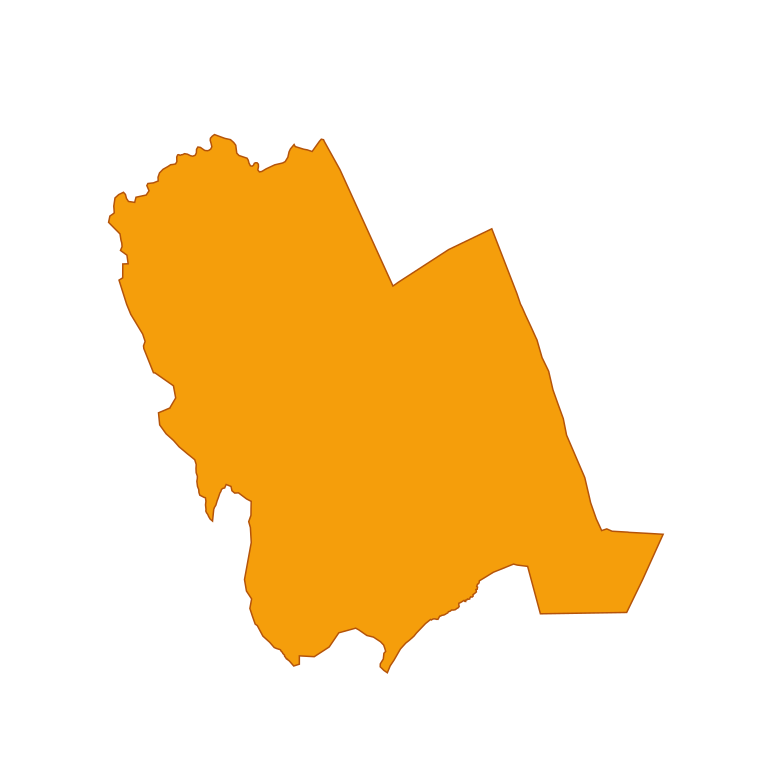 the district of Safana, Katsina, Nigeria, rotated 164°
{"feature_id": "59680162B21692666530817", "entity_name": "Safana", "entity_type": "district", "adm_level": 2, "iso_a3": "NGA", "parent_name": "Nigeria", "parent_adm1": "Katsina", "projection": "equal_earth", "projection_center": [7.279, 12.516], "detail": "fine", "context": "isolated", "style": "filled", "palette": "amber", "viewbox_px": 768, "rotation_deg": 164, "n_neighbors": 0, "source": "geoboundaries", "source_scale": "gbopen_adm2", "svg_char_len": 3986}
<svg xmlns="http://www.w3.org/2000/svg" viewBox="0 0 768 768"><g transform="rotate(164 384 384)"><path d="M519.2,661.1L520.7,659.3L521.3,657.0L521.8,654.9L523.7,653.0L526.2,653.2L528.6,653.6L531.8,652.6L537.2,651.3L541.6,648.8L544.2,645.1L545.1,641.4L550.2,640.9L555.7,641.8L557.3,640.1L556.6,634.5L560.5,631.2L570.9,631.9L573.6,627.3L579.3,629.9L580.4,633.3L580.3,637.5L581.6,640.1L586.8,639.2L591.3,637.0L594.7,629.5L596.1,622.9L597.9,622.1L601.2,621.0L604.2,615.3L596.4,601.0L597.2,594.7L597.2,591.9L597.9,588.3L600.5,585.0L595.6,578.7L596.8,570.1L602.0,571.4L605.9,558.1L610.1,556.9L609.4,531.5L608.2,520.7L602.2,498.5L601.9,490.8L604.7,486.9L605.1,484.2L602.5,458.4L601.0,457.7L600.9,457.6L586.9,440.3L588.1,428.0L596.0,420.5L596.2,420.0L608.7,418.5L610.9,406.5L607.2,396.2L602.0,387.9L598.3,380.1L592.3,371.2L586.8,363.4L586.7,358.3L588.0,354.7L589.0,350.5L588.8,346.9L589.5,344.6L590.7,342.1L591.5,337.0L591.2,333.6L591.8,330.6L591.7,327.9L590.1,326.4L588.2,324.6L587.0,323.9L587.5,320.4L588.9,317.0L589.4,314.1L589.7,312.4L590.3,311.0L590.1,309.2L589.4,307.3L589.1,305.0L588.3,302.0L586.6,299.5L582.2,310.5L581.7,311.1L581.1,312.0L579.0,313.9L576.6,317.7L574.5,320.5L571.9,324.3L570.5,325.6L569.3,327.4L567.7,328.1L565.8,328.0L564.7,329.4L563.4,330.9L559.3,327.7L559.6,323.3L557.6,320.3L553.9,319.5L547.8,311.4L544.0,307.8L546.0,301.4L548.1,294.4L552.0,289.0L552.0,282.8L555.3,268.2L572.0,234.5L573.3,222.9L570.5,213.9L574.8,205.2L574.5,197.3L574.0,188.7L572.4,186.7L569.9,175.0L565.1,167.3L562.2,161.0L560.4,159.5L556.8,157.1L556.5,155.4L555.7,154.2L555.5,152.8L554.4,150.8L554.6,149.7L554.0,148.3L553.5,146.5L552.7,146.2L552.5,145.4L551.4,144.0L548.5,137.8L542.6,138.0L540.3,146.0L526.2,141.1L509.2,146.3L496.0,157.3L478.5,157.1L476.0,154.6L469.8,147.0L463.9,143.6L458.4,137.2L456.3,133.2L456.1,129.8L456.1,126.5L458.3,125.2L460.5,119.8L464.7,116.0L465.6,113.2L463.1,108.8L460.4,105.5L455.7,111.4L450.5,115.8L441.2,124.8L434.4,129.0L430.7,130.5L424.8,133.3L421.4,135.7L410.1,142.3L404.2,144.8L403.5,144.1L402.2,144.5L400.9,144.5L399.6,144.1L398.6,143.4L397.8,143.2L397.0,142.9L396.2,143.7L395.1,144.8L394.4,145.5L393.5,145.3L392.3,145.7L390.8,145.5L389.4,145.5L387.3,146.1L385.8,146.4L384.8,147.4L383.6,147.3L382.6,147.5L381.5,148.1L379.6,147.6L377.7,147.4L375.9,148.1L374.2,148.5L373.1,149.4L372.9,151.3L372.5,152.6L370.7,152.8L368.6,153.4L366.9,153.9L366.2,152.7L365.5,152.5L365.6,153.6L364.9,153.7L364.0,153.5L363.1,154.3L362.1,153.8L360.9,153.7L360.4,154.6L359.4,155.5L358.1,154.9L356.8,155.5L356.5,157.0L355.8,157.2L353.9,158.0L352.5,158.7L352.3,160.1L352.3,161.1L351.0,161.0L350.5,162.1L350.0,163.0L350.7,163.8L349.9,165.0L349.3,165.8L348.1,166.0L347.3,166.9L346.6,168.5L330.8,172.9L309.1,175.2L306.0,173.3L296.2,169.1L297.0,120.0L213.7,97.5L189.3,124.7L157.1,162.6L169.0,166.8L186.0,172.7L189.8,174.0L190.0,174.2L190.2,174.3L205.3,179.6L209.8,183.3L215.2,183.1L216.4,191.1L217.1,195.6L218.1,213.0L217.8,218.2L216.8,238.5L217.1,241.2L218.3,250.5L222.6,284.5L221.2,301.3L222.3,317.3L223.2,331.8L222.2,350.9L224.8,365.8L224.8,384.2L225.3,387.2L226.8,397.5L229.0,411.4L230.1,419.6L230.8,423.2L231.3,434.2L237.6,503.5L284.8,495.4L342.1,477.9L348.4,475.7L367.2,601.9L374.5,633.5L374.8,635.5L376.8,636.6L379.3,635.0L389.0,627.3L393.2,630.2L396.4,631.8L403.9,636.7L404.4,639.0L409.1,635.8L411.3,633.3L413.9,628.5L417.7,625.0L420.5,624.4L428.6,624.8L438.0,623.3L442.8,622.0L445.3,622.2L446.3,624.6L444.8,627.4L444.2,629.9L445.0,631.6L446.5,632.1L447.8,631.9L449.2,630.3L450.7,629.7L452.3,630.6L452.9,633.6L452.8,636.5L453.4,638.8L460.4,643.6L461.9,646.5L460.7,654.4L461.9,657.6L464.2,661.2L469.3,664.0L474.4,667.7L478.2,670.5L480.9,669.5L483.1,668.1L483.9,666.1L483.9,662.7L484.1,659.5L485.8,657.6L487.8,656.9L489.4,656.9L491.9,657.9L493.9,660.3L495.2,662.0L497.6,663.1L499.5,661.3L500.7,657.8L502.5,655.9L505.1,655.7L507.1,656.8L509.6,659.1L512.3,660.4L514.2,660.0L515.6,660.2L517.0,660.0L518.0,661.0L519.2,661.1Z" fill="#f59e0b" stroke="#b45309" stroke-width="1.5"/></g></svg>